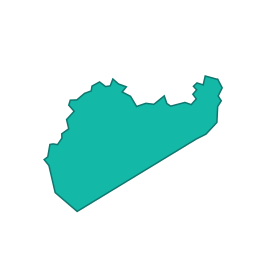 Amelia, Virginia, United States of America, rotated 313°
{"feature_id": "52423323B30039093063253", "entity_name": "Amelia", "entity_type": "district", "adm_level": 2, "iso_a3": "USA", "parent_name": "United States of America", "parent_adm1": "Virginia", "projection": "robinson", "projection_center": [-77.89, 37.345], "detail": "fine", "context": "isolated", "style": "filled", "palette": "teal", "viewbox_px": 256, "rotation_deg": 313, "n_neighbors": 0, "source": "geoboundaries", "source_scale": "gbopen_adm2", "svg_char_len": 759}
<svg xmlns="http://www.w3.org/2000/svg" viewBox="0 0 256 256"><g transform="rotate(313 128 128)"><path d="M176.7,189.2L192.7,189.2L204.9,178.9L211.5,177.7L212.9,172.1L221.6,169.5L224.9,160.2L224.4,159.9L218.7,149.0L210.8,153.6L208.0,147.7L203.1,147.4L202.7,152.2L196.9,152.4L195.9,158.1L188.2,158.3L185.5,152.2L173.1,144.3L172.4,139.7L176.2,132.6L163.0,130.8L158.2,124.2L149.6,119.6L152.9,108.3L150.4,99.2L157.0,98.7L153.7,91.0L153.5,83.5L146.7,86.3L143.0,83.3L142.3,75.8L134.1,73.1L130.0,75.8L123.7,72.6L113.6,71.4L109.0,66.8L104.3,69.1L103.5,77.2L92.3,77.3L87.0,85.2L78.6,83.5L75.5,86.6L67.8,87.8L65.3,84.1L62.7,82.1L52.2,89.0L47.7,88.2L46.6,95.8L31.1,118.8L32.3,147.7L166.7,185.5L176.7,189.2Z" fill="#14b8a6" stroke="#0f766e" stroke-width="1.5"/></g></svg>